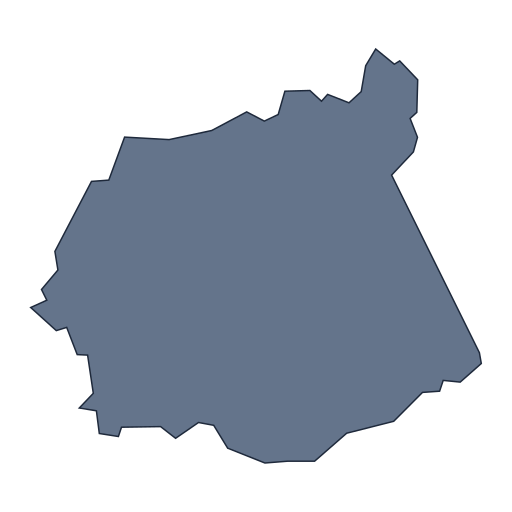 Ritchie, West Virginia, United States of America (Natural Earth projection)
{"feature_id": "52423323B94765650307580", "entity_name": "Ritchie", "entity_type": "district", "adm_level": 2, "iso_a3": "USA", "parent_name": "United States of America", "parent_adm1": "West Virginia", "projection": "natural_earth1", "projection_center": [-81.069, 39.199], "detail": "fine", "context": "isolated", "style": "filled", "palette": "slate", "viewbox_px": 512, "rotation_deg": 0, "n_neighbors": 0, "source": "geoboundaries", "source_scale": "gbopen_adm2", "svg_char_len": 781}
<svg xmlns="http://www.w3.org/2000/svg" viewBox="0 0 512 512"><path d="M479.4,352.7L391.6,175.1L413.4,151.9L417.5,137.3L410.1,118.4L416.8,112.4L417.7,79.8L399.7,60.9L394.3,64.2L375.7,49.0L365.7,65.7L361.2,91.6L349.0,102.8L327.6,94.4L321.5,101.2L309.9,90.5L284.9,91.2L278.2,114.5L264.3,121.1L246.7,111.9L211.7,130.5L169.1,139.6L124.6,137.1L108.8,180.1L91.5,181.4L54.9,251.4L57.9,270.0L41.5,289.5L46.8,300.2L30.7,307.5L56.3,330.6L66.7,327.4L77.2,354.6L87.6,355.1L93.3,393.3L79.3,408.0L96.4,410.8L99.3,433.5L118.4,436.5L121.5,427.2L160.6,426.6L175.6,438.3L198.5,422.5L213.7,425.3L227.7,448.2L264.9,463.0L287.6,461.2L314.6,461.2L346.7,433.2L393.7,421.3L422.5,392.4L439.6,391.2L443.2,380.4L460.2,382.1L481.3,363.5L479.4,352.7Z" fill="#64748b" stroke="#1e293b" stroke-width="1.5"/></svg>